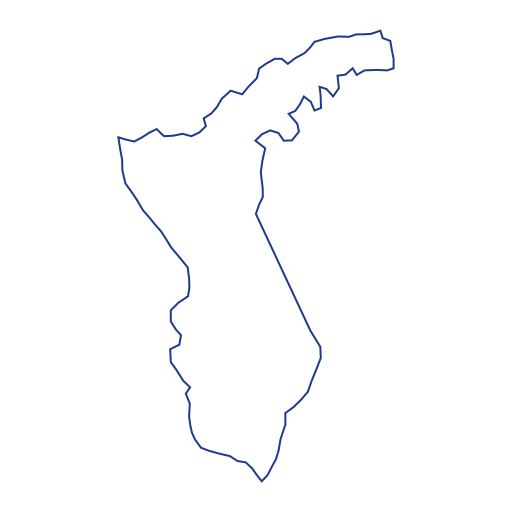 the district of Riacho de Santo Antônio, Paraíba, Brazil
{"feature_id": "56859067B45417589726630", "entity_name": "Riacho de Santo Antônio", "entity_type": "district", "adm_level": 2, "iso_a3": "BRA", "parent_name": "Brazil", "parent_adm1": "Paraíba", "projection": "robinson", "projection_center": [-36.132, -7.684], "detail": "fine", "context": "isolated", "style": "outline", "palette": "blue", "viewbox_px": 512, "rotation_deg": 0, "n_neighbors": 0, "source": "geoboundaries", "source_scale": "gbopen_adm2", "svg_char_len": 1707}
<svg xmlns="http://www.w3.org/2000/svg" viewBox="0 0 512 512"><path d="M390.3,40.9L382.7,38.1L380.4,30.7L370.9,33.9L363.4,34.3L356.0,34.4L349.2,36.8L337.8,36.5L324.7,38.9L314.5,41.8L310.1,47.5L304.7,53.0L295.5,58.0L287.8,63.8L281.7,58.8L274.7,58.8L265.9,63.8L259.1,68.6L256.9,78.1L248.6,86.5L242.2,94.3L230.6,90.7L221.6,98.9L217.2,106.7L211.4,113.4L203.7,118.4L205.9,126.2L199.3,132.5L191.4,136.2L182.6,133.8L173.3,135.7L164.0,136.2L156.6,129.1L149.1,132.8L141.4,137.8L134.2,141.5L126.1,139.6L118.4,137.3L120.0,148.1L122.1,159.4L122.4,170.5L125.4,183.4L131.6,192.0L136.7,199.6L143.1,210.4L149.8,218.1L155.6,225.2L161.0,231.3L165.1,237.5L171.2,247.5L179.3,257.1L187.7,267.4L189.1,278.6L189.4,287.6L188.0,296.3L178.5,302.6L170.8,310.3L170.8,321.5L175.9,329.5L181.0,335.3L179.3,344.7L170.2,349.2L170.8,362.1L176.3,369.7L183.3,380.8L190.1,387.4L185.8,393.6L189.8,403.6L189.1,416.3L190.3,425.5L192.0,432.9L195.2,439.8L201.0,447.7L208.4,450.6L218.7,453.5L229.9,456.1L237.5,461.0L245.6,462.3L251.9,468.1L256.6,474.7L261.7,481.3L267.5,475.2L272.2,466.1L275.9,459.3L278.4,451.4L280.6,439.0L285.4,424.5L285.3,413.1L293.3,407.3L301.0,399.8L307.8,391.9L311.7,380.7L316.2,369.7L320.8,357.9L320.3,346.8L310.4,330.7L255.9,213.9L259.1,204.6L262.8,197.0L262.7,188.4L261.7,180.0L260.8,172.1L262.4,160.7L265.2,148.3L255.4,140.7L262.1,134.1L270.3,130.4L278.4,133.0L283.8,140.7L291.9,140.4L298.9,131.7L297.3,123.8L288.7,113.8L295.2,111.0L299.9,104.4L303.9,96.5L310.8,101.8L314.5,110.5L321.0,108.0L320.6,95.5L319.6,86.8L326.6,89.1L333.1,96.4L338.9,88.1L337.5,75.7L345.5,74.6L352.7,68.3L356.7,74.9L364.5,70.4L376.9,69.9L387.1,70.4L393.6,68.3L393.6,58.8L392.0,50.9L390.3,40.9Z" fill="none" stroke="#1e3a8a" stroke-width="2"/></svg>